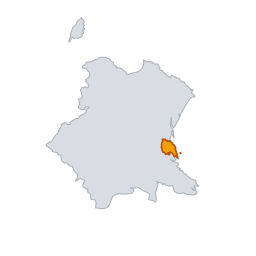 Vendée highlighted on a map of France, rotated 201°
{"feature_id": "FRA-5353", "entity_name": "Vendée", "entity_type": "Metropolitan department", "adm_level": 1, "iso_a3": "FRA", "parent_name": "France", "parent_adm1": "", "projection": "mercator", "projection_center": [-1.356, 46.678], "detail": "fine", "context": "in_parent", "style": "filled", "palette": "amber", "viewbox_px": 256, "rotation_deg": 201, "n_neighbors": 0, "source": "natural_earth", "source_scale": "10m", "svg_char_len": 5896}
<svg xmlns="http://www.w3.org/2000/svg" viewBox="0 0 256 256"><g transform="rotate(201 128 128)"><path d="M191.9,107.6L190.4,108.4L189.5,110.1L188.5,110.5L186.8,110.5L186.0,109.5L184.0,110.1L183.1,111.2L184.4,112.5L180.3,117.8L177.7,119.2L177.1,122.7L174.1,125.3L172.9,128.0L172.9,128.5L173.6,129.4L173.3,131.1L171.7,132.3L171.8,133.4L172.2,133.6L174.6,132.7L175.5,131.6L175.0,130.2L177.4,128.5L181.6,128.9L182.1,131.2L181.6,133.2L184.6,137.4L182.0,139.3L181.8,140.6L184.5,144.8L186.2,146.6L185.3,149.4L182.4,151.2L180.6,151.0L179.8,151.5L179.9,152.4L181.1,154.9L184.3,156.5L184.7,158.4L183.9,159.1L182.4,162.0L183.1,163.4L182.8,164.0L183.1,165.0L183.9,165.9L188.2,168.3L192.1,167.9L192.6,169.3L190.2,173.0L190.4,174.6L189.2,174.7L189.0,175.2L186.6,176.5L182.7,180.2L180.9,181.3L180.2,183.2L179.1,184.2L173.5,186.3L172.5,185.9L169.8,185.9L168.1,184.6L164.9,183.7L163.8,181.8L160.8,181.4L160.6,180.1L156.4,181.3L150.4,179.5L148.3,177.6L146.6,178.1L145.0,179.8L138.6,184.3L136.0,189.0L136.5,194.4L138.0,197.0L134.1,196.6L131.8,197.4L131.2,198.5L125.6,197.2L123.6,198.3L123.0,198.2L122.3,197.1L119.6,195.8L120.0,194.9L119.6,194.2L117.1,193.5L116.2,194.3L115.2,192.7L108.1,190.3L106.9,190.3L106.4,192.7L101.8,192.7L101.2,192.2L98.2,192.7L95.0,190.5L91.5,190.9L89.4,188.6L87.3,188.4L84.3,187.2L83.0,186.6L82.8,185.9L81.9,186.9L80.8,186.7L80.6,186.4L81.3,185.1L81.5,183.5L77.8,182.4L76.8,181.3L76.8,180.7L78.8,180.2L80.5,178.1L82.2,170.3L83.5,161.1L84.4,159.4L85.5,158.9L84.6,157.6L83.5,159.3L84.2,150.7L85.5,144.3L88.6,146.9L89.3,148.1L90.3,151.9L92.0,153.5L90.9,152.0L89.7,146.9L89.0,145.4L84.1,141.1L83.9,140.1L86.1,140.6L85.2,137.4L84.7,130.6L81.7,129.9L76.9,127.0L73.5,121.7L73.1,119.7L74.0,117.6L73.2,116.3L71.8,115.4L72.9,113.6L73.9,113.4L77.4,114.4L74.5,112.7L69.9,113.3L68.1,112.7L67.8,111.4L69.0,109.8L67.5,108.8L64.8,109.0L64.5,108.6L65.3,107.5L64.6,107.0L62.4,107.5L61.2,107.1L60.1,105.8L56.6,105.5L55.8,104.7L51.0,103.2L46.0,103.4L44.5,100.8L41.5,99.5L42.1,98.6L45.2,97.8L45.7,97.1L43.5,96.0L42.7,94.9L46.8,94.6L45.0,93.5L41.0,93.5L40.4,91.9L41.0,90.3L43.3,88.8L49.1,87.2L53.3,87.1L56.2,85.2L59.2,84.7L62.0,85.6L65.8,90.3L68.8,88.3L73.3,88.3L74.2,89.5L75.4,87.4L76.4,88.6L81.9,88.2L80.6,87.4L79.6,85.4L79.3,78.0L76.5,72.5L75.8,70.6L76.0,68.9L79.3,69.2L82.0,68.5L83.3,69.0L83.6,72.5L84.8,74.5L92.3,75.1L96.7,76.2L100.4,74.2L103.8,73.3L104.1,72.9L102.1,73.1L100.3,72.2L100.0,71.3L101.0,68.5L106.2,65.5L113.9,62.9L115.9,61.2L118.2,58.1L117.7,57.3L118.0,48.7L119.2,45.9L122.1,43.8L129.6,41.8L130.5,44.5L130.5,46.1L132.5,48.5L133.5,49.2L136.7,47.9L138.3,50.2L138.8,52.7L142.7,53.8L143.8,57.1L144.6,56.3L147.0,56.5L148.2,56.8L149.8,58.2L149.3,60.2L150.0,61.1L149.3,62.9L149.8,63.7L154.3,63.7L155.7,62.8L156.3,61.0L157.7,60.0L158.2,60.3L157.3,63.7L157.9,64.5L158.3,66.9L160.0,67.1L163.3,69.0L166.1,72.2L169.5,71.6L172.3,73.4L175.1,72.5L177.7,73.4L178.7,74.3L181.1,78.7L183.0,77.9L184.4,78.4L184.8,79.6L189.9,78.9L190.8,80.1L191.8,80.6L198.2,82.2L198.3,83.9L194.6,88.5L193.0,95.1L191.9,97.3L191.5,99.0L191.8,100.2L191.6,101.9L190.8,106.1L191.3,107.4L191.9,107.6ZM214.7,190.8L214.4,193.3L215.3,195.0L215.6,202.0L213.7,205.4L213.4,209.4L211.1,214.2L207.5,212.1L206.5,210.9L207.4,209.1L205.4,208.1L205.9,206.3L205.6,205.4L204.2,205.3L204.1,204.8L205.2,203.4L205.2,202.6L203.8,201.5L203.5,200.5L204.8,199.5L204.2,198.5L203.5,198.2L205.3,195.1L206.6,194.1L209.4,193.2L210.5,192.0L212.3,192.7L212.7,192.3L213.3,187.3L213.9,187.2L214.5,187.9L214.7,190.8ZM84.3,137.8L83.9,139.3L82.0,136.7L81.7,135.2L84.3,137.8Z" fill="#d9dde1" stroke="#a8b0b8" stroke-width="1"/><path d="M85.0,130.6L84.9,130.4L84.3,130.3L83.9,130.6L83.9,131.2L83.5,131.1L83.3,130.8L83.1,130.4L82.9,130.4L82.4,130.1L82.1,129.9L81.9,129.8L81.3,130.0L81.0,130.0L80.9,129.6L80.8,129.2L80.6,128.9L80.3,128.7L80.0,128.6L79.2,128.6L78.8,128.5L78.9,128.2L78.7,128.0L78.1,127.9L77.7,127.6L77.3,127.5L77.2,127.4L77.1,127.2L76.9,126.8L76.8,126.7L76.8,126.9L76.9,127.2L76.9,127.3L76.7,127.3L76.6,127.2L76.4,125.9L76.4,125.6L76.2,125.5L76.1,125.3L76.1,125.0L76.0,124.8L75.8,124.6L75.6,124.4L75.3,123.8L75.2,123.7L74.8,123.6L74.7,123.5L74.3,122.7L73.6,122.0L73.2,121.8L72.9,121.6L72.7,121.3L72.7,120.9L72.6,120.6L72.7,120.2L72.8,120.0L73.1,119.8L73.0,119.6L73.2,119.4L73.6,119.1L73.8,118.8L74.0,118.2L74.1,117.8L74.4,117.7L74.6,117.9L75.4,118.7L75.8,119.0L77.0,119.7L77.7,120.4L77.9,120.5L78.5,120.5L79.7,120.8L80.1,120.7L80.3,120.5L80.4,120.4L80.1,120.1L79.9,119.3L79.7,118.4L79.8,117.9L80.4,117.7L80.5,117.7L80.7,117.8L80.8,118.1L80.8,119.1L80.9,119.4L81.1,119.5L81.3,119.5L81.8,119.1L81.9,118.9L82.0,118.8L82.0,118.6L82.0,117.9L82.0,117.7L82.3,117.5L82.7,117.6L82.9,117.3L83.2,116.9L83.6,117.1L84.7,117.8L85.6,118.2L86.0,118.3L86.6,117.9L86.8,118.1L87.0,118.3L87.6,118.6L87.7,118.8L87.9,119.2L88.0,119.3L88.4,119.5L88.5,119.8L88.6,120.3L88.7,120.6L88.8,120.8L89.6,121.4L89.9,121.6L90.0,121.7L90.0,121.9L89.9,122.0L89.8,122.3L89.8,122.5L89.9,122.8L90.3,123.3L90.6,124.0L90.7,124.3L90.7,124.6L90.8,124.9L90.9,125.1L91.0,125.2L91.0,125.3L91.1,125.7L91.2,126.2L91.2,126.4L91.1,126.5L90.9,126.8L90.9,127.0L91.1,127.9L91.1,128.0L91.0,128.4L91.0,128.6L91.0,128.9L91.1,129.0L91.2,128.9L91.3,128.9L91.7,129.2L91.9,129.4L91.9,129.5L91.8,129.8L91.7,129.8L91.4,129.8L91.2,129.9L90.9,130.3L90.7,130.3L90.3,130.3L90.2,130.4L89.9,130.5L89.6,130.7L89.5,130.8L88.6,130.2L88.3,130.2L88.1,130.2L87.9,130.2L87.8,130.3L87.5,130.3L87.3,130.4L87.2,130.4L86.8,130.4L86.9,130.2L87.0,130.0L87.0,129.8L86.9,129.7L86.6,129.8L86.2,129.8L85.5,130.0L85.4,130.1L85.1,130.5L85.0,130.6ZM71.8,118.6L72.3,118.9L72.5,119.1L72.5,119.3L72.6,119.7L72.5,119.9L72.3,119.8L72.1,119.4L71.9,119.0L71.5,118.8L71.2,118.9L71.0,118.7L70.8,118.0L70.6,117.7L71.3,117.7L71.5,117.7L71.8,117.9L71.8,118.1L71.8,118.3L71.8,118.6ZM70.1,123.1L70.6,123.3L70.8,123.5L71.0,123.7L70.7,123.6L69.7,123.6L69.6,123.3L69.7,123.1L69.9,123.1L70.1,123.1Z" fill="#f59e0b" stroke="#b45309" stroke-width="1.5"/></g></svg>